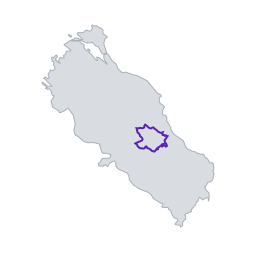 where Sivas sits in Turkey, rotated 48°
{"feature_id": "TUR-2295", "entity_name": "Sivas", "entity_type": "Province", "adm_level": 1, "iso_a3": "TUR", "parent_name": "Turkey", "parent_adm1": "", "projection": "equal_earth", "projection_center": [37.51, 39.556], "detail": "medium", "context": "in_parent", "style": "outline", "palette": "violet", "viewbox_px": 256, "rotation_deg": 48, "n_neighbors": 0, "source": "natural_earth", "source_scale": "10m", "svg_char_len": 5362}
<svg xmlns="http://www.w3.org/2000/svg" viewBox="0 0 256 256"><g transform="rotate(48 128 128)"><path d="M198.1,89.4L201.7,90.6L202.8,89.7L206.0,89.8L208.9,90.5L210.4,88.5L212.5,88.7L212.9,89.7L213.8,90.1L216.9,92.8L216.5,93.1L217.3,94.1L219.9,94.7L220.2,96.1L222.2,98.1L223.3,101.2L222.8,103.3L221.7,104.7L223.4,109.4L223.0,110.0L226.1,111.5L230.1,111.3L231.3,111.9L235.3,115.6L236.3,117.1L233.6,115.3L232.1,116.8L231.5,120.5L227.4,121.2L228.1,123.6L229.2,124.7L228.9,126.9L229.2,127.8L230.4,129.3L230.3,131.3L230.9,133.5L231.0,136.1L232.7,136.9L232.0,138.1L230.2,143.3L230.3,143.8L231.6,143.9L234.6,146.3L234.1,147.1L234.6,150.5L237.2,152.7L236.8,153.8L236.9,155.0L235.1,154.5L231.4,157.5L231.0,157.4L230.5,156.4L230.3,153.3L229.3,152.5L228.2,152.4L226.2,153.7L224.3,153.7L222.5,153.4L217.5,151.6L215.7,152.2L213.9,151.5L210.3,155.2L209.1,155.5L208.6,153.7L207.3,152.6L205.7,154.0L199.4,155.8L196.5,156.1L193.0,155.5L190.0,155.7L182.1,159.8L174.5,162.0L167.7,161.8L163.9,159.3L161.0,158.7L152.3,162.6L148.0,162.5L146.6,160.8L143.3,160.2L142.6,161.7L141.9,165.5L143.0,168.9L141.1,169.1L140.0,169.8L139.6,172.4L137.9,173.4L137.3,175.0L137.0,175.1L134.3,173.8L135.1,172.5L133.4,167.7L134.3,166.2L137.8,162.4L137.7,160.1L136.2,158.5L131.7,161.4L131.3,162.5L130.3,163.3L128.6,163.7L120.7,160.0L115.9,163.2L111.9,167.9L108.8,169.7L99.9,171.0L98.3,171.9L95.3,170.9L93.5,169.7L89.5,164.3L81.9,160.2L73.7,159.2L73.0,160.3L72.6,164.4L71.1,168.3L70.4,168.7L68.7,167.8L62.3,170.1L57.0,167.5L56.1,166.4L55.0,161.8L54.3,161.5L53.4,162.1L52.5,162.1L48.7,160.2L46.6,160.0L45.3,162.0L43.2,162.7L43.2,162.2L44.0,161.0L40.8,161.2L39.0,162.1L36.7,161.6L36.9,161.0L38.8,160.4L43.2,159.7L46.0,156.7L35.7,156.9L34.7,157.5L34.6,155.9L35.2,155.2L37.9,154.7L37.8,153.4L36.2,152.0L34.4,151.2L33.8,148.0L32.9,147.1L33.0,146.7L34.7,146.1L35.2,143.7L35.0,142.3L31.8,141.0L31.0,141.1L30.2,139.8L28.9,138.9L27.7,139.7L24.4,137.7L25.1,136.3L25.9,136.4L26.1,135.3L25.6,133.4L25.7,132.5L26.4,132.2L27.2,132.4L28.0,133.5L28.0,135.6L28.9,136.9L29.5,135.6L31.0,136.3L33.8,135.6L34.3,135.1L32.3,135.2L31.6,134.7L30.2,131.2L31.9,130.2L33.1,128.5L30.9,127.4L31.5,125.1L29.7,122.5L32.4,119.1L32.3,118.6L31.5,118.4L23.3,119.8L23.3,118.3L23.9,117.0L24.1,113.8L24.5,112.0L26.0,111.5L28.0,108.9L31.1,105.9L34.2,106.0L35.5,105.1L37.4,105.1L37.9,106.3L39.4,107.1L42.3,107.0L43.7,106.2L42.5,104.7L44.1,104.2L45.4,104.6L44.6,106.2L45.0,106.4L48.7,105.9L52.6,106.3L56.8,106.1L57.4,105.5L54.4,103.9L56.4,102.5L57.5,102.2L66.5,100.9L66.6,100.6L61.1,99.8L58.4,97.9L57.6,96.9L58.3,94.4L58.9,93.7L60.9,93.6L67.6,94.8L72.4,94.1L77.6,95.8L82.6,95.4L83.7,94.7L85.0,92.3L92.2,88.3L94.7,86.3L105.8,82.2L122.2,82.9L125.1,81.4L126.7,81.9L126.3,82.9L126.3,83.9L128.3,86.3L131.2,87.7L135.3,86.5L136.8,86.9L138.2,90.7L140.7,93.0L141.9,93.1L143.4,91.8L144.9,91.6L147.3,92.9L148.1,94.3L156.0,95.8L157.6,97.0L163.0,98.1L174.7,95.4L179.1,97.3L182.7,97.9L184.2,97.6L188.9,95.4L190.4,94.2L193.4,93.2L197.1,90.8L198.1,89.4ZM46.7,82.7L46.3,84.4L46.9,86.3L48.5,88.8L50.1,90.1L57.9,93.6L56.6,96.9L54.6,97.4L47.8,95.8L45.0,97.2L43.0,96.8L40.2,97.4L39.3,99.4L37.2,101.6L31.6,104.5L26.3,110.0L24.8,110.7L25.6,108.8L25.6,107.2L27.9,105.2L31.1,103.8L31.9,102.5L24.2,102.8L23.5,101.1L24.3,100.7L27.0,97.7L27.3,96.5L27.2,93.5L30.4,91.8L30.7,91.1L30.3,88.1L27.5,86.4L27.6,85.6L29.7,84.8L31.0,82.8L34.0,82.4L35.5,81.4L38.1,80.9L41.3,83.5L45.2,82.5L46.7,82.7ZM22.2,109.8L19.6,110.3L18.8,109.8L19.7,108.9L21.7,108.3L22.3,109.2L22.2,109.8Z" fill="#d9dde1" stroke="#a8b0b8" stroke-width="1"/><path d="M158.5,105.9L158.7,105.7L158.6,105.3L158.7,104.9L158.8,104.7L159.2,104.6L159.8,104.5L160.1,104.4L160.5,104.1L161.4,107.6L161.4,108.5L161.8,109.1L162.4,109.4L163.1,110.0L163.8,110.4L165.0,110.1L166.2,110.5L167.3,111.0L167.3,111.8L167.1,112.4L166.5,112.4L166.0,112.3L165.4,112.4L164.9,112.8L164.3,112.7L163.8,112.3L163.3,112.6L162.9,113.8L163.0,114.3L163.8,114.3L164.6,114.1L164.8,114.4L164.7,114.8L164.3,114.8L163.8,115.0L163.6,115.5L163.0,116.3L162.9,117.9L162.6,118.4L162.8,118.9L163.2,119.3L163.5,119.6L163.8,119.9L163.7,120.2L163.3,120.4L163.0,120.8L162.8,120.8L162.9,121.0L162.9,121.8L163.1,122.2L163.1,122.6L163.1,123.2L163.2,123.7L163.1,124.2L162.8,124.6L162.0,124.9L161.1,125.5L160.4,125.7L159.6,125.6L159.2,125.7L158.8,125.9L157.9,125.9L157.5,126.1L157.1,126.4L156.7,126.6L156.3,126.9L155.3,127.1L154.4,126.6L153.9,126.7L153.6,127.3L153.7,128.0L154.1,129.0L154.1,129.3L153.9,129.9L153.1,130.8L152.6,131.1L152.4,131.2L151.8,131.9L151.2,132.5L150.5,132.8L148.0,133.0L147.4,132.7L145.9,132.5L144.4,132.9L144.4,132.3L144.8,131.5L144.8,131.3L145.3,129.9L145.6,128.7L146.1,127.6L146.6,126.2L146.2,124.8L145.3,124.3L144.3,124.2L143.2,124.2L142.2,124.5L141.6,124.3L141.1,123.9L139.2,123.6L138.3,123.9L137.2,123.7L136.1,122.9L135.7,122.9L135.4,122.7L135.0,122.2L134.5,121.9L133.9,121.8L134.3,121.3L134.8,120.9L135.2,120.4L135.5,119.8L135.8,119.3L136.2,118.8L137.2,118.0L138.0,117.2L138.4,116.0L138.4,115.6L138.2,115.3L137.8,115.1L137.3,114.1L137.0,113.0L139.6,112.5L141.5,112.4L143.2,111.7L143.6,111.3L143.8,110.8L144.0,109.9L144.3,109.0L144.7,108.8L145.2,108.6L146.5,108.8L146.9,108.6L148.4,108.2L149.4,108.1L150.4,108.1L151.3,108.0L151.7,107.8L152.1,107.5L152.9,107.3L153.3,107.1L154.0,106.2L154.5,105.0L155.2,106.2L156.0,106.9L156.4,106.9L156.8,106.6L157.1,106.1L157.5,105.8L158.5,105.9Z" fill="none" stroke="#5b21b6" stroke-width="2"/></g></svg>